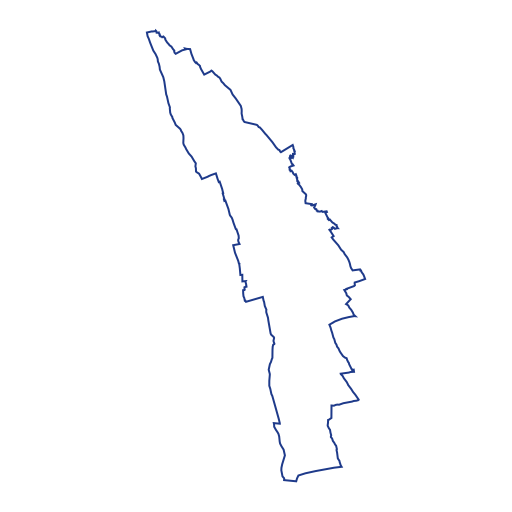 the district of Huruiesti, Bacau, Romania
{"feature_id": "2599482B81249023924976", "entity_name": "Huruiesti", "entity_type": "district", "adm_level": 2, "iso_a3": "ROU", "parent_name": "Romania", "parent_adm1": "Bacau", "projection": "albers", "projection_center": [27.233, 46.261], "detail": "fine", "context": "isolated", "style": "outline", "palette": "blue", "viewbox_px": 512, "rotation_deg": 0, "n_neighbors": 0, "source": "geoboundaries", "source_scale": "gbopen_adm2", "svg_char_len": 6052}
<svg xmlns="http://www.w3.org/2000/svg" viewBox="0 0 512 512"><path d="M341.6,466.8L340.7,465.3L339.7,462.2L339.4,460.8L338.3,459.2L337.8,458.3L337.1,452.7L336.5,449.9L336.9,449.2L336.1,445.7L335.1,444.5L334.2,442.7L332.9,441.0L332.1,438.5L330.9,437.1L330.9,436.2L331.2,435.3L330.5,432.8L330.0,429.8L328.9,428.3L327.7,425.8L327.7,425.1L328.0,422.8L328.1,420.0L328.6,419.9L331.4,418.0L331.5,405.5L333.9,405.7L335.7,404.9L337.3,404.6L339.1,404.7L343.4,403.2L352.0,401.6L353.7,401.0L356.4,400.7L358.2,400.2L358.6,399.9L358.7,399.7L355.3,394.7L353.0,391.9L351.2,389.0L348.1,384.9L347.9,384.3L346.7,382.0L343.9,378.3L342.6,375.9L340.8,374.1L340.7,373.7L348.7,372.6L350.6,372.0L353.8,371.8L354.0,371.8L353.7,369.7L352.5,370.1L352.3,369.6L351.9,369.7L349.2,364.3L348.7,362.6L347.9,361.7L347.7,361.0L347.1,359.9L346.6,358.2L345.1,357.7L343.0,356.1L340.4,352.4L339.4,350.6L338.5,348.4L337.1,346.7L336.4,344.5L335.3,342.9L334.3,339.2L333.4,337.5L332.1,332.6L331.3,330.4L330.6,327.7L329.4,324.7L335.0,321.4L342.1,318.7L348.7,317.1L354.2,316.1L355.3,316.2L353.7,314.7L352.9,312.6L351.2,309.8L349.3,307.6L348.4,305.7L347.7,305.0L346.1,304.1L350.7,299.2L348.6,296.8L347.1,295.7L346.7,295.1L346.3,293.3L344.3,290.0L346.6,289.3L346.4,288.9L346.6,288.8L354.0,286.1L354.9,285.3L354.6,283.3L354.7,282.5L359.1,281.2L365.1,279.0L364.0,276.0L363.3,274.4L361.7,272.3L361.0,270.5L360.4,270.6L360.0,269.4L352.6,270.4L351.0,267.9L350.4,266.2L349.9,263.8L349.3,261.9L348.4,259.7L347.2,257.4L344.6,254.0L343.7,252.1L341.1,249.7L338.3,245.3L333.2,239.5L331.7,237.4L333.6,236.1L330.2,230.8L329.4,229.8L329.7,229.6L330.6,230.1L331.4,229.3L332.1,229.0L332.6,228.3L332.0,227.8L332.8,227.1L334.0,227.9L334.8,228.8L335.8,228.7L336.3,228.2L337.8,228.2L337.3,227.6L337.1,226.6L336.5,225.9L336.6,225.1L335.2,224.6L334.4,223.7L332.3,222.4L329.9,219.6L329.0,220.1L327.8,218.9L328.3,218.3L327.4,217.1L325.4,213.0L326.2,212.2L326.9,212.0L326.6,211.3L322.7,211.9L322.2,211.7L321.7,211.0L320.0,211.6L317.6,211.4L317.5,210.7L316.7,210.6L316.3,209.2L315.2,209.0L314.1,207.5L315.2,205.5L315.6,204.3L312.0,205.5L311.3,205.3L311.7,204.1L305.6,203.2L305.3,201.0L305.5,199.6L305.8,198.8L305.8,197.5L306.1,196.3L306.2,195.1L305.9,194.3L302.4,191.1L302.2,189.3L300.8,186.9L299.2,184.8L298.1,183.9L297.9,183.6L299.1,182.9L298.9,182.6L298.6,182.7L297.4,181.5L297.3,181.2L297.9,181.0L297.4,180.3L296.7,178.0L297.2,177.9L297.2,177.6L296.2,176.2L296.4,175.6L295.8,174.2L294.6,174.9L294.3,174.6L293.2,173.5L292.9,172.5L291.6,170.7L290.5,171.2L290.2,170.3L290.3,170.1L290.1,169.9L289.9,170.1L289.6,169.8L289.7,169.2L289.9,169.2L289.5,167.9L289.2,167.6L289.3,167.2L290.7,166.4L293.5,165.5L292.6,164.2L291.9,163.9L290.3,159.6L289.5,158.4L289.5,158.1L289.5,157.8L289.8,157.6L290.2,155.6L290.5,155.4L291.1,155.7L291.1,156.1L291.5,156.5L291.5,157.3L291.3,157.4L291.2,158.0L292.3,157.6L292.8,157.9L292.9,157.1L293.0,156.5L293.3,156.5L293.3,156.0L293.0,155.1L293.0,154.0L294.1,154.2L294.8,153.9L294.4,151.6L294.7,151.5L294.8,151.3L294.3,150.7L294.3,150.2L294.0,149.9L294.0,149.4L293.4,148.4L293.4,147.1L292.7,145.0L280.9,152.2L280.2,151.6L279.4,150.0L278.3,149.7L276.0,147.3L272.5,142.3L266.1,134.6L265.6,134.2L262.0,129.8L259.8,127.4L258.7,127.1L257.7,125.6L256.9,124.9L254.5,124.3L244.5,122.0L243.8,121.2L242.9,119.4L242.6,119.3L242.3,116.9L241.6,113.5L241.7,111.0L241.6,109.0L240.8,105.9L235.6,98.3L232.6,94.5L230.5,89.9L224.9,85.2L223.3,83.2L221.6,81.6L220.3,78.8L219.4,77.5L218.1,76.8L216.8,75.5L215.3,74.6L212.3,71.2L211.4,70.6L210.4,71.5L204.2,74.6L201.1,69.2L200.1,66.9L200.0,66.0L198.8,64.8L197.6,64.0L196.6,62.5L196.0,63.0L195.0,62.0L193.6,59.8L193.5,59.2L191.4,53.8L190.1,49.1L186.8,48.9L185.1,48.5L185.6,49.4L182.2,50.3L175.7,53.8L174.6,52.7L174.2,51.5L174.3,50.6L173.0,49.1L171.4,46.6L169.5,45.3L169.0,44.5L167.1,42.4L165.3,39.6L165.2,38.4L163.4,36.5L162.2,37.2L161.9,36.8L160.1,36.3L159.7,35.5L160.0,35.4L159.8,34.7L159.5,34.3L159.4,33.7L158.6,33.2L158.7,32.5L156.6,32.7L156.3,31.2L155.8,30.7L155.7,31.1L152.4,31.5L151.9,31.4L146.9,32.5L147.6,36.2L148.8,38.8L150.1,42.6L153.3,50.6L155.5,54.0L157.3,57.8L157.7,59.3L157.9,61.5L158.9,63.8L159.6,66.8L159.9,69.6L163.3,77.2L164.3,81.4L166.2,94.4L167.0,96.6L168.4,103.1L169.9,107.3L169.8,108.4L170.2,112.6L170.8,114.5L172.3,117.0L172.4,117.9L174.8,122.6L175.7,124.9L180.1,128.8L180.8,129.9L181.2,131.0L182.4,132.8L183.1,134.6L183.4,135.7L183.5,138.3L183.3,142.9L183.5,143.9L183.8,144.8L185.5,147.6L186.1,149.0L188.8,153.5L191.6,156.6L194.3,161.2L195.8,163.3L195.4,166.4L195.9,168.2L196.0,171.4L196.4,172.0L199.1,173.7L201.2,177.5L201.9,179.0L208.0,176.6L208.3,176.3L211.3,175.0L215.9,173.4L217.6,178.9L218.8,182.1L219.7,181.7L222.2,189.1L222.6,190.9L223.1,192.7L223.2,193.2L222.7,193.4L224.4,199.1L223.9,199.3L224.4,201.0L225.4,200.7L228.4,208.9L229.8,214.8L230.1,215.5L231.7,217.6L232.5,219.5L233.5,222.8L235.5,228.3L235.9,229.2L236.5,229.3L238.6,235.6L238.8,238.2L238.2,239.7L238.2,240.8L238.6,242.1L239.5,244.0L233.2,245.2L235.0,252.7L238.2,260.8L238.9,263.5L239.4,263.7L239.3,264.6L239.8,268.3L240.4,275.0L242.3,274.8L242.4,281.4L245.7,281.1L245.4,281.6L246.2,284.4L246.1,285.1L246.4,285.8L246.5,286.7L244.5,287.2L244.4,287.9L244.7,289.7L244.5,290.0L243.1,290.2L243.2,293.5L243.5,296.3L244.3,298.1L244.8,300.7L245.4,300.6L246.0,301.8L262.8,296.9L263.6,300.8L263.9,301.3L264.1,302.0L264.8,306.0L266.4,309.7L266.2,310.8L266.3,312.4L268.0,317.8L268.3,320.3L270.6,333.4L271.1,334.6L273.8,337.1L274.1,337.9L273.5,340.8L273.6,341.5L274.4,343.7L274.3,344.1L273.2,344.7L272.7,346.7L272.5,349.9L272.4,357.9L271.8,359.2L271.0,361.9L269.9,364.1L268.7,369.7L269.8,374.0L269.8,374.9L269.3,380.8L269.3,385.8L270.3,388.9L271.4,394.1L272.3,395.9L275.4,406.9L278.7,418.7L279.8,423.2L279.8,423.7L273.8,423.1L274.1,424.6L274.2,426.8L275.9,429.8L277.7,432.5L278.5,434.0L279.2,436.6L279.7,441.6L280.1,443.6L281.5,446.3L283.6,449.6L284.9,455.4L282.2,464.2L281.4,468.0L281.4,469.1L281.3,470.2L282.5,476.4L284.0,478.1L284.2,478.7L284.1,480.1L296.2,481.3L297.0,478.5L298.4,475.5L305.4,473.3L315.5,471.1L334.1,467.7L341.6,466.8Z" fill="none" stroke="#1e3a8a" stroke-width="2"/></svg>